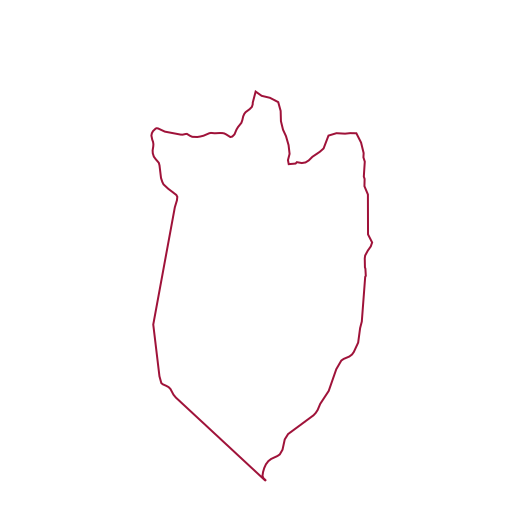 Karonga, Albers equal-area conic projection, rotated 43°
{"feature_id": "MWI-1194", "entity_name": "Karonga", "entity_type": "District", "adm_level": 1, "iso_a3": "MWI", "parent_name": "Malawi", "parent_adm1": "", "projection": "albers", "projection_center": [33.981, -10.031], "detail": "fine", "context": "isolated", "style": "outline", "palette": "rose", "viewbox_px": 512, "rotation_deg": 43, "n_neighbors": 0, "source": "natural_earth", "source_scale": "10m", "svg_char_len": 1837}
<svg xmlns="http://www.w3.org/2000/svg" viewBox="0 0 512 512"><g transform="rotate(43 256 256)"><path d="M245.7,97.8L255.5,101.4L264.2,107.1L264.6,107.4L267.3,110.6L271.2,112.8L280.7,124.4L282.9,125.6L287.7,131.0L295.9,134.7L323.2,163.8L331.7,166.9L333.4,170.7L334.1,175.8L335.5,181.2L337.1,183.5L343.4,190.0L344.7,190.7L349.8,195.6L350.1,196.8L378.1,231.8L381.3,237.7L389.8,249.7L393.0,259.5L393.4,262.6L392.8,265.9L390.3,271.5L389.7,274.3L391.9,284.0L401.2,305.1L403.8,320.3L406.1,326.6L406.7,330.1L406.7,333.2L400.9,364.3L402.1,370.5L407.5,379.6L408.7,384.9L408.1,387.6L405.5,394.0L404.9,397.7L405.1,399.2L405.3,401.5L406.6,405.4L408.5,409.2L410.7,412.4L413.1,413.5L415.6,413.4L416.5,413.7L415.3,413.9L293.9,414.2L290.2,413.7L284.1,411.6L281.5,411.5L278.8,412.2L275.3,413.4L273.4,413.5L267.4,409.8L227.6,376.2L163.4,275.7L160.2,269.2L158.1,266.4L156.1,265.7L145.9,266.7L139.5,266.7L136.9,265.7L133.3,263.7L123.7,255.6L121.5,254.2L120.3,254.0L116.6,253.6L113.5,253.0L110.5,251.3L108.4,249.3L106.1,245.9L104.7,244.2L102.8,242.7L100.8,241.7L97.4,239.3L96.1,237.2L95.5,234.9L95.7,231.3L96.2,230.3L97.4,229.5L104.5,227.2L118.1,218.6L119.6,217.3L121.3,214.8L122.2,213.8L125.8,213.1L128.1,212.3L131.9,209.0L133.7,206.7L135.6,203.8L138.1,198.1L139.1,196.7L142.1,194.4L145.7,190.7L147.5,189.1L149.2,188.0L151.3,187.4L156.1,186.5L157.2,184.8L157.3,181.7L155.5,176.8L154.9,173.9L154.5,168.6L153.3,165.9L151.4,162.6L150.5,160.0L150.3,157.9L151.2,153.0L151.3,149.8L150.2,147.4L149.0,146.0L143.6,136.0L150.9,135.0L158.3,130.8L167.3,128.3L175.1,133.1L182.3,140.4L189.6,145.2L196.2,147.9L204.2,152.7L210.9,158.4L214.0,164.1L217.3,166.5L221.9,161.4L221.9,159.5L226.1,156.8L228.4,153.8L229.4,150.1L229.6,144.9L231.6,136.3L232.1,131.3L226.9,118.5L231.1,111.3L237.7,105.8L241.1,101.9L245.7,97.8Z" fill="none" stroke="#9f1239" stroke-width="2"/></g></svg>